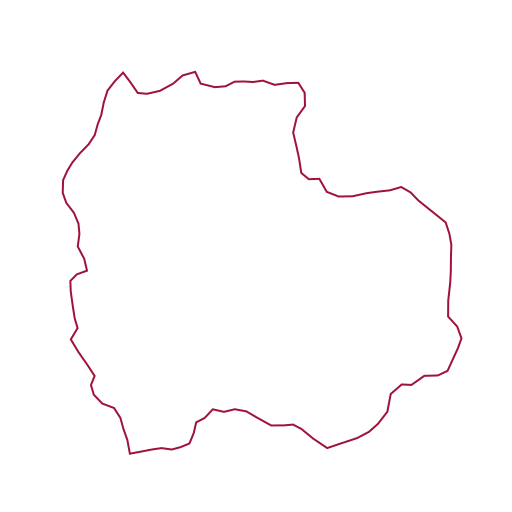 the district of Martins Soares, Minas Gerais, Brazil, rotated 352°
{"feature_id": "56859067B78422669955960", "entity_name": "Martins Soares", "entity_type": "district", "adm_level": 2, "iso_a3": "BRA", "parent_name": "Brazil", "parent_adm1": "Minas Gerais", "projection": "robinson", "projection_center": [-41.844, -20.255], "detail": "fine", "context": "isolated", "style": "outline", "palette": "rose", "viewbox_px": 512, "rotation_deg": 352, "n_neighbors": 0, "source": "geoboundaries", "source_scale": "gbopen_adm2", "svg_char_len": 1544}
<svg xmlns="http://www.w3.org/2000/svg" viewBox="0 0 512 512"><g transform="rotate(352 256 256)"><path d="M149.9,55.9L140.7,63.1L132.0,71.5L126.7,82.6L122.4,94.8L117.5,103.7L113.2,113.7L105.8,122.1L96.2,129.5L87.2,137.8L81.1,145.2L75.5,154.1L73.4,166.6L75.5,176.9L81.7,187.9L84.7,199.2L84.2,209.6L80.8,221.8L85.5,234.8L86.6,247.0L76.1,249.2L68.7,254.8L67.6,265.4L67.6,281.5L67.8,292.6L69.3,302.6L61.0,312.8L66.7,326.2L74.0,340.6L79.5,352.3L74.6,360.8L76.1,370.8L83.2,380.7L94.3,386.8L99.2,397.5L100.6,408.5L103.0,420.3L103.6,434.2L115.1,433.7L126.7,433.1L135.8,433.1L145.6,435.9L154.6,434.8L164.0,432.4L169.7,422.7L173.6,412.4L182.7,409.2L191.9,401.8L202.6,405.9L213.7,404.8L224.8,408.5L234.8,416.4L247.4,425.9L259.7,427.6L269.3,428.1L277.0,433.7L287.2,444.8L299.8,456.1L314.6,453.3L330.7,450.4L343.3,445.9L353.4,439.2L364.4,428.5L370.2,411.4L382.4,403.5L392.0,405.3L406.0,398.1L419.5,399.6L429.7,396.4L436.9,385.1L443.3,375.1L448.0,366.2L445.5,354.0L437.8,342.7L440.2,326.7L444.6,309.5L446.7,298.7L448.9,284.3L451.0,272.2L450.6,260.9L448.5,249.2L441.8,242.0L432.7,232.4L424.4,223.5L418.0,214.6L409.4,207.9L397.7,209.6L384.3,209.2L374.2,209.2L359.7,210.3L346.1,208.6L335.0,202.3L329.5,188.4L319.0,187.3L312.4,180.1L312.2,165.1L311.3,153.4L310.0,138.9L315.6,124.5L325.4,114.3L326.9,101.1L322.0,90.4L310.7,89.1L298.3,89.1L287.2,83.3L277.4,83.3L268.3,81.5L259.1,80.4L249.5,83.7L238.8,83.1L225.2,77.6L221.4,65.2L208.4,67.0L198.1,73.7L183.8,79.1L170.6,80.2L161.6,78.1L155.7,66.3L149.9,55.9Z" fill="none" stroke="#9f1239" stroke-width="2"/></g></svg>